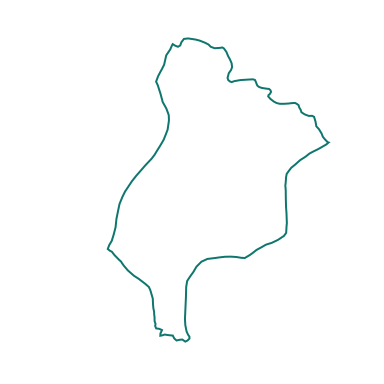 outline of Pleebo/Sodoken, Maryland, Liberia, rotated 305°
{"feature_id": "62588387B59551016114373", "entity_name": "Pleebo/Sodoken", "entity_type": "district", "adm_level": 2, "iso_a3": "LBR", "parent_name": "Liberia", "parent_adm1": "Maryland", "projection": "albers", "projection_center": [-7.677, 4.55], "detail": "fine", "context": "isolated", "style": "outline", "palette": "teal", "viewbox_px": 384, "rotation_deg": 305, "n_neighbors": 0, "source": "geoboundaries", "source_scale": "gbopen_adm2", "svg_char_len": 2851}
<svg xmlns="http://www.w3.org/2000/svg" viewBox="0 0 384 384"><g transform="rotate(305 192 192)"><path d="M72.3,272.1L72.9,270.5L73.4,269.7L74.6,267.6L79.1,262.9L83.9,259.1L95.2,251.9L102.0,247.6L110.9,241.7L116.3,239.1L118.6,239.0L122.8,238.9L126.6,239.0L127.0,239.0L133.4,238.5L140.3,239.7L146.0,243.0L151.1,248.7L154.2,252.0L157.9,256.2L161.4,261.0L164.3,265.8L166.3,270.0L168.2,273.1L172.4,275.0L173.8,275.6L176.6,276.6L181.6,278.1L186.8,280.7L191.3,282.8L195.3,285.9L195.9,286.4L202.1,289.9L208.8,292.5L209.4,292.5L212.5,292.6L214.3,291.5L217.5,289.5L221.0,287.5L225.2,284.3L228.9,281.5L233.7,277.6L240.6,272.5L243.8,270.2L246.9,268.0L250.9,264.7L252.1,264.1L255.1,262.4L257.8,260.7L261.1,259.2L264.7,259.2L268.8,259.4L273.7,260.8L280.1,262.3L286.2,264.8L290.7,266.1L293.5,267.5L294.5,268.0L299.0,270.5L302.5,272.2L307.9,274.7L310.9,275.5L310.6,274.6L311.4,270.6L312.3,267.5L314.3,264.5L316.3,259.9L317.1,256.2L320.4,252.9L323.6,248.9L323.3,246.8L321.3,244.0L320.9,242.5L320.2,239.7L320.1,235.9L321.5,234.1L322.8,231.3L324.3,229.4L324.3,227.0L324.0,225.2L321.9,222.6L319.9,220.4L317.1,216.9L314.6,213.3L313.4,210.3L313.0,206.9L313.1,205.6L313.2,203.0L314.0,199.6L315.3,199.1L316.6,199.5L317.8,199.5L319.4,199.3L320.4,197.8L320.6,196.0L319.2,193.4L317.3,189.5L316.5,186.8L316.6,184.6L317.6,182.9L318.8,181.2L319.9,179.2L319.2,177.2L316.6,173.9L311.4,167.4L307.0,163.0L304.8,161.5L304.3,159.6L304.5,157.5L305.8,155.7L310.4,154.0L312.8,154.0L314.4,154.0L317.3,153.2L320.2,150.6L322.4,147.0L324.0,143.7L326.5,139.8L327.9,135.8L327.8,134.0L325.8,131.9L322.7,128.0L322.3,126.3L321.7,124.0L322.3,120.9L321.7,116.8L320.4,111.4L318.9,107.4L315.6,100.8L312.8,97.6L308.6,97.4L305.3,98.3L302.9,97.2L302.2,94.2L302.1,91.4L300.7,91.5L296.2,92.4L289.2,92.5L280.4,96.1L280.0,96.2L274.3,97.0L273.1,97.1L267.5,97.8L261.8,99.3L259.8,102.8L257.0,106.4L254.7,109.5L248.9,116.4L245.6,123.2L241.7,128.8L240.7,129.6L237.5,132.0L234.4,133.6L229.0,136.3L222.9,137.8L218.6,138.8L215.4,139.1L211.5,139.4L205.2,139.7L201.3,140.0L196.0,139.8L194.7,139.6L188.7,138.7L184.6,138.2L183.3,138.1L173.3,137.0L166.3,136.6L153.9,136.9L148.1,137.8L144.6,138.6L140.6,139.5L135.9,141.5L126.7,145.5L119.3,149.6L112.1,152.3L105.9,154.3L101.3,154.6L98.0,155.4L97.0,155.7L96.8,158.5L97.1,160.6L95.9,164.5L94.7,170.7L94.3,173.9L93.6,175.3L93.3,176.3L92.6,178.2L91.0,184.3L90.7,186.9L90.1,192.5L90.3,198.2L90.2,200.4L90.0,205.9L89.5,210.9L89.3,211.4L87.8,214.0L85.1,217.4L82.2,221.0L77.5,224.6L74.3,227.3L74.1,227.6L72.1,229.7L69.7,231.5L67.9,233.2L67.0,233.8L64.7,235.5L63.0,237.8L61.1,238.7L59.7,240.9L60.8,243.0L61.1,243.6L61.7,246.6L58.8,247.2L58.2,247.2L56.1,248.5L57.8,250.1L59.5,251.3L61.3,254.9L62.9,257.8L63.4,258.6L62.3,260.6L61.9,261.4L61.5,264.5L63.8,266.6L65.6,268.7L65.6,272.3L67.8,273.5L70.5,274.0L72.1,272.8L72.3,272.1Z" fill="none" stroke="#0f766e" stroke-width="2"/></g></svg>